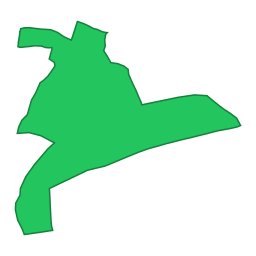 Jayawijaya, Papua, Indonesia
{"feature_id": "22746128B40741333574981", "entity_name": "Jayawijaya", "entity_type": "district", "adm_level": 2, "iso_a3": "IDN", "parent_name": "Indonesia", "parent_adm1": "Papua", "projection": "albers", "projection_center": [138.85, -4.123], "detail": "fine", "context": "isolated", "style": "filled", "palette": "green", "viewbox_px": 256, "rotation_deg": 0, "n_neighbors": 0, "source": "geoboundaries", "source_scale": "gbopen_adm2", "svg_char_len": 2548}
<svg xmlns="http://www.w3.org/2000/svg" viewBox="0 0 256 256"><path d="M128.1,69.3L125.6,67.4L124.0,66.1L121.9,65.3L117.9,63.7L110.8,62.6L109.2,59.7L107.0,55.8L103.7,50.8L105.3,45.9L105.1,44.5L105.1,44.2L104.9,41.5L104.7,40.0L104.7,39.9L104.9,39.1L105.3,36.5L105.4,36.0L105.8,34.3L107.3,32.6L105.9,32.5L102.5,31.8L100.2,30.8L96.9,29.3L93.7,28.6L92.2,27.9L89.4,26.3L85.8,24.6L85.2,24.3L82.9,23.4L79.6,22.2L77.4,21.5L73.8,32.7L72.6,36.3L72.3,37.2L71.4,40.1L67.6,38.5L67.3,38.3L64.9,37.2L64.1,36.8L63.4,36.4L59.0,33.4L58.6,33.1L57.7,32.5L55.8,31.7L53.7,30.9L51.0,29.8L50.7,29.7L50.1,29.7L46.2,29.4L41.0,29.1L40.8,29.1L37.8,28.7L30.9,27.9L29.8,27.7L24.5,27.8L20.7,28.7L20.7,29.0L20.1,31.2L19.7,31.9L19.6,34.2L19.6,34.3L19.2,37.2L18.6,40.8L18.4,41.6L18.2,44.8L17.9,46.7L20.2,47.4L25.1,46.9L30.4,46.4L30.6,46.3L34.4,45.8L34.5,45.8L36.5,45.9L39.3,46.0L41.0,46.0L42.3,46.4L45.5,47.5L46.4,47.6L48.7,47.8L49.0,47.8L51.0,47.7L51.9,47.7L51.9,49.4L51.9,49.5L51.2,51.8L49.2,59.0L51.8,60.7L53.1,61.6L54.3,62.3L54.4,62.8L54.9,65.8L54.9,66.1L54.7,66.5L54.2,67.2L52.7,69.4L51.6,71.0L49.2,74.3L48.0,76.1L47.9,76.2L47.6,76.5L43.7,80.2L43.1,80.7L42.8,80.9L40.1,82.8L38.7,86.1L35.3,93.7L34.8,94.4L33.4,96.9L31.5,100.1L27.3,114.7L26.3,115.7L21.8,120.3L18.7,127.1L17.3,133.4L22.7,133.0L29.2,132.6L34.7,134.1L41.0,135.8L45.6,138.2L54.4,142.9L48.1,148.6L35.1,163.8L33.1,166.5L25.9,176.5L20.4,188.5L20.0,195.2L18.6,197.8L15.7,203.2L15.4,209.9L17.7,220.2L18.4,221.6L20.9,226.4L22.3,229.2L24.3,234.5L27.4,234.1L31.7,233.5L44.1,231.7L48.5,231.0L52.7,230.4L51.6,226.3L51.1,221.8L50.8,216.8L50.7,214.8L50.4,209.1L50.2,204.5L49.8,195.9L49.4,188.5L49.8,188.3L57.5,184.6L77.0,175.3L87.4,170.3L93.6,168.8L98.9,167.5L99.6,167.4L104.8,166.1L109.8,164.1L111.5,163.4L120.6,159.6L126.8,157.0L128.2,156.5L130.5,155.5L136.9,152.9L138.7,152.1L138.8,152.1L142.3,150.9L143.3,150.5L148.6,148.6L149.5,148.4L153.4,147.3L156.0,146.6L157.8,146.1L159.2,145.7L163.3,144.5L167.2,143.4L170.6,142.6L179.8,140.2L181.6,139.7L181.9,139.7L188.2,138.2L189.7,137.9L201.7,134.9L207.1,133.6L208.9,133.1L209.7,132.9L210.3,132.7L211.5,132.4L217.3,130.9L229.2,128.7L230.0,128.6L231.3,128.3L231.7,128.2L237.3,126.9L240.6,125.5L236.7,118.2L230.5,113.5L228.8,112.4L223.9,109.2L219.7,106.1L215.5,102.7L211.2,99.2L207.0,95.7L197.5,95.1L194.6,94.9L193.8,95.0L177.6,97.4L175.4,97.9L165.7,99.9L159.8,101.1L153.0,102.5L141.9,104.8L140.9,101.8L139.8,99.4L138.9,97.4L137.1,93.1L136.0,90.4L134.9,88.2L132.4,82.9L132.1,82.3L129.8,76.9L128.7,74.6L128.6,73.6L128.1,69.3Z" fill="#22c55e" stroke="#15803d" stroke-width="1.5"/></svg>